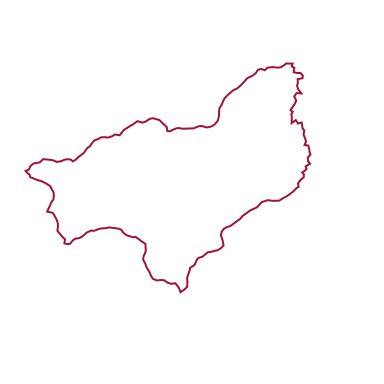 Nhandeara, São Paulo, Brazil, rotated 68°
{"feature_id": "56859067B33597746577156", "entity_name": "Nhandeara", "entity_type": "district", "adm_level": 2, "iso_a3": "BRA", "parent_name": "Brazil", "parent_adm1": "São Paulo", "projection": "albers", "projection_center": [-50.052, -20.672], "detail": "fine", "context": "isolated", "style": "outline", "palette": "rose", "viewbox_px": 384, "rotation_deg": 68, "n_neighbors": 0, "source": "geoboundaries", "source_scale": "gbopen_adm2", "svg_char_len": 2992}
<svg xmlns="http://www.w3.org/2000/svg" viewBox="0 0 384 384"><g transform="rotate(68 192 192)"><path d="M115.2,277.5L116.3,281.4L116.9,284.0L118.4,287.4L119.0,291.0L116.5,292.3L115.1,294.9L114.3,297.8L114.4,301.9L113.4,306.2L110.4,309.1L107.8,313.7L105.8,317.8L107.5,322.0L106.9,324.9L106.2,327.9L107.3,331.9L110.0,334.7L110.2,338.4L112.9,337.4L115.1,336.1L117.8,336.4L120.2,333.7L123.2,330.7L125.5,327.5L129.1,324.4L133.5,321.2L137.2,321.0L140.3,320.5L143.9,321.5L147.1,323.4L149.0,326.4L152.1,329.5L154.1,331.8L155.9,333.6L159.2,328.9L162.2,328.4L166.2,327.9L170.3,328.0L172.9,328.8L177.6,331.3L184.3,329.2L188.4,327.5L191.7,329.6L193.6,327.3L194.4,324.7L192.4,321.0L191.5,317.9L192.6,313.5L191.8,309.3L190.2,304.9L189.9,300.2L191.3,297.5L191.4,291.3L193.4,284.9L193.7,282.1L195.1,279.8L196.6,277.1L198.7,273.5L200.6,271.7L204.2,270.9L207.6,268.8L209.9,266.1L211.7,264.1L212.4,261.3L216.0,258.9L219.3,257.0L222.6,254.6L226.0,255.8L228.9,256.7L231.3,258.6L233.3,260.8L236.2,262.6L241.3,262.2L245.1,262.3L250.8,261.3L254.0,261.5L257.9,260.7L260.9,257.6L262.0,253.6L263.3,251.0L266.5,248.9L269.3,245.8L270.4,241.5L275.9,240.1L280.6,240.1L279.6,235.6L278.1,232.0L274.1,230.1L269.4,228.5L265.1,224.6L261.6,222.1L260.6,216.9L257.0,213.3L255.5,210.9L255.9,206.5L253.8,200.1L254.7,196.1L255.6,189.8L255.1,186.9L253.4,182.8L249.0,181.8L243.0,181.4L239.9,179.3L238.1,176.3L237.5,172.5L238.0,169.6L237.0,165.5L235.8,161.2L235.1,157.7L233.3,154.4L231.8,148.5L230.9,145.0L230.5,137.4L227.5,131.2L227.7,128.3L228.0,124.8L230.4,120.5L231.8,116.8L232.7,114.3L232.0,110.8L231.4,105.6L230.5,101.7L229.3,97.6L227.7,94.1L227.1,91.2L224.0,90.6L221.5,87.1L220.2,82.9L217.4,81.6L215.1,82.5L214.6,79.7L213.5,77.1L210.8,77.0L210.0,72.0L207.0,72.8L203.7,71.9L201.6,68.1L198.7,67.9L196.0,67.2L192.5,66.8L190.6,70.0L188.0,67.4L184.3,67.0L180.7,67.1L176.9,64.8L174.3,65.7L171.6,64.9L168.6,64.3L168.2,68.1L164.2,68.8L165.4,73.8L162.1,72.3L159.6,71.3L157.0,70.7L155.4,68.5L153.1,70.0L151.4,67.7L149.1,64.0L146.3,61.1L141.6,61.4L139.5,58.0L141.5,53.7L136.2,55.1L132.7,54.7L130.5,53.0L126.9,51.7L127.9,47.0L125.8,45.6L122.4,46.7L120.9,50.2L118.9,52.9L115.2,50.6L113.1,52.5L110.7,50.6L109.2,54.0L108.1,56.5L109.1,59.4L109.6,62.7L109.0,65.5L106.5,70.2L105.0,75.2L106.4,78.9L103.9,81.6L103.4,85.1L105.7,88.4L106.8,92.5L107.2,98.2L109.6,102.9L111.4,107.0L112.9,111.3L113.1,115.8L114.5,119.7L115.8,123.5L117.4,126.8L119.6,129.3L122.3,131.9L124.4,135.0L127.9,136.9L131.6,138.5L135.7,141.5L137.9,146.0L138.5,149.0L138.0,153.3L136.6,155.6L134.5,158.1L133.6,161.0L133.5,166.9L132.4,169.9L130.2,176.1L129.0,178.4L127.5,180.8L127.0,183.7L127.2,187.0L127.5,189.8L126.0,192.1L122.3,191.1L117.5,193.4L113.1,195.2L109.0,200.5L108.3,203.8L109.4,208.7L109.1,211.9L105.9,216.0L107.0,220.6L107.8,225.7L108.9,231.6L110.5,234.7L112.3,237.8L109.8,241.8L110.4,245.2L110.1,249.5L108.6,252.2L107.3,255.5L107.7,259.3L107.6,263.2L109.3,266.6L111.4,269.6L111.9,272.4L113.5,275.0L115.2,277.5Z" fill="none" stroke="#9f1239" stroke-width="2"/></g></svg>